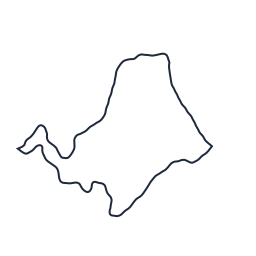 outline of Las Salinas, Barahona, Dominican Republic, rotated 34°
{"feature_id": "3306468B53490324555446", "entity_name": "Las Salinas", "entity_type": "district", "adm_level": 2, "iso_a3": "DOM", "parent_name": "Dominican Republic", "parent_adm1": "Barahona", "projection": "robinson", "projection_center": [-71.348, 18.237], "detail": "fine", "context": "isolated", "style": "outline", "palette": "slate", "viewbox_px": 256, "rotation_deg": 34, "n_neighbors": 0, "source": "geoboundaries", "source_scale": "gbopen_adm2", "svg_char_len": 3488}
<svg xmlns="http://www.w3.org/2000/svg" viewBox="0 0 256 256"><g transform="rotate(34 128 128)"><path d="M207.8,96.2L201.5,95.5L199.3,95.1L198.0,94.6L195.0,93.0L193.7,92.6L190.9,92.0L189.6,91.5L186.0,89.5L183.4,88.3L180.0,86.1L177.4,84.9L173.9,82.9L172.5,82.5L169.0,81.6L167.7,81.1L164.8,79.6L163.4,79.1L160.6,78.5L159.2,78.1L155.7,76.1L153.1,74.9L149.7,72.7L147.1,71.5L143.6,69.4L141.5,68.4L140.4,67.8L139.3,66.9L138.3,65.9L132.2,59.4L128.2,54.9L127.4,53.7L126.6,52.5L125.8,50.7L121.3,47.1L120.1,46.4L119.5,46.1L118.8,46.0L117.4,46.0L116.7,46.2L115.4,46.8L113.8,48.3L109.5,52.8L107.8,54.3L106.6,55.0L104.0,56.2L101.1,57.9L99.3,58.8L98.6,59.1L97.6,59.9L96.7,61.0L96.0,62.2L95.6,63.6L94.9,66.3L94.3,67.4L93.4,68.2L91.9,69.3L90.8,70.2L88.8,72.2L87.9,73.4L87.1,74.6L86.6,76.0L86.4,76.9L86.1,79.4L86.1,82.0L86.2,84.6L86.6,87.1L87.1,88.6L88.7,91.8L89.8,94.6L91.6,98.4L92.0,99.9L92.6,103.0L93.0,104.4L94.7,108.4L95.1,109.9L95.8,113.7L96.3,115.1L97.7,118.3L98.1,119.8L98.7,122.8L99.1,124.3L100.8,128.2L101.2,129.7L101.4,131.3L101.4,134.5L101.2,136.1L100.8,137.6L100.3,138.9L99.0,141.4L97.9,144.2L96.0,148.1L95.6,149.6L94.9,153.3L94.4,154.7L91.8,159.5L90.1,161.7L89.8,162.3L89.5,163.6L89.5,165.1L89.5,165.8L89.9,167.3L90.2,168.0L91.1,169.3L93.9,173.1L94.7,174.5L95.2,176.1L95.5,178.6L95.6,182.1L95.4,184.5L94.9,186.0L94.6,186.6L94.1,187.1L93.1,187.9L91.5,188.7L90.4,189.2L89.9,189.4L88.7,189.3L87.6,188.9L83.4,186.8L80.5,185.1L79.2,184.5L76.9,184.1L72.1,183.9L70.6,183.8L69.1,183.4L68.4,183.1L67.3,182.4L66.3,181.4L65.5,180.4L64.6,178.7L63.7,177.7L60.1,175.0L58.9,174.3L57.5,173.9L56.2,173.9L54.9,174.1L54.3,174.4L53.8,174.9L53.3,175.5L53.0,176.2L52.8,177.6L52.7,179.2L52.8,185.1L52.6,187.7L52.2,190.1L50.8,194.0L50.6,195.4L50.7,196.8L51.5,199.7L51.4,200.9L51.2,201.5L50.7,202.7L49.7,204.5L48.2,206.7L52.1,207.0L55.0,207.0L57.0,206.7L58.2,206.0L59.0,205.0L61.1,200.7L61.5,199.3L62.2,194.8L62.8,193.5L63.5,192.4L64.5,191.6L65.1,191.3L65.7,191.1L66.3,191.2L66.9,191.3L67.5,191.6L67.9,192.0L69.5,194.6L70.9,196.0L72.0,196.8L76.7,199.6L78.1,200.1L79.6,200.4L82.0,200.5L88.3,200.6L89.8,200.7L91.3,201.1L92.7,201.7L94.0,202.7L95.2,203.8L98.5,207.5L100.2,209.0L101.6,209.8L102.2,210.0L103.6,210.0L104.3,209.9L105.5,209.4L107.8,208.1L110.3,206.7L111.5,205.8L114.8,202.7L116.1,201.9L116.7,201.7L118.1,201.4L119.5,201.6L120.6,202.2L122.9,203.4L124.3,203.9L125.7,204.2L127.1,204.3L128.4,204.3L129.7,204.0L130.3,203.7L130.8,203.2L131.2,202.6L131.5,201.9L131.6,200.5L131.5,199.1L131.1,197.8L129.9,195.5L129.5,194.4L129.4,193.1L129.5,192.5L129.8,191.9L130.3,191.4L131.3,190.8L134.3,189.9L137.2,188.6L138.5,188.3L139.2,188.3L140.6,188.5L141.9,189.2L145.4,192.2L147.2,193.4L148.5,193.9L151.9,194.8L152.6,195.1L153.7,195.9L154.7,196.9L155.4,198.1L156.8,201.5L158.1,204.0L159.0,206.7L159.7,207.9L160.5,208.9L161.5,209.5L162.1,209.7L163.3,209.6L166.6,208.0L167.9,207.4L168.9,206.5L169.8,205.4L170.5,204.1L170.8,203.4L171.9,198.2L173.5,194.3L174.0,191.8L174.2,185.8L174.5,183.3L174.6,182.4L175.1,181.0L176.5,177.8L176.9,176.2L177.1,174.5L177.2,171.9L177.2,167.5L176.9,159.7L177.3,155.0L177.6,152.6L178.1,151.2L179.6,148.1L180.7,145.3L182.0,142.7L182.5,141.4L183.0,138.9L183.5,133.8L183.7,133.0L184.3,131.6L185.0,130.4L185.9,129.4L188.3,127.5L189.7,125.4L190.6,124.4L192.1,123.1L192.7,122.8L194.2,122.4L197.9,121.9L199.3,121.6L200.5,121.0L201.4,120.0L203.0,117.1L203.9,115.2L204.3,113.7L204.8,110.7L205.2,109.2L206.6,105.9L207.0,104.5L207.4,102.2L207.8,96.2Z" fill="none" stroke="#1e293b" stroke-width="2"/></g></svg>